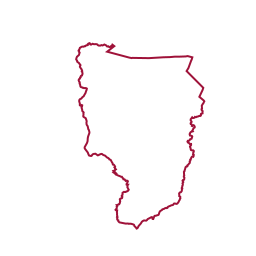 outline of Shinyalu, Western, Kenya, rotated 293°
{"feature_id": "3690345B96442316049931", "entity_name": "Shinyalu", "entity_type": "district", "adm_level": 2, "iso_a3": "KEN", "parent_name": "Kenya", "parent_adm1": "Western", "projection": "orthographic", "projection_center": [34.839, 0.289], "detail": "fine", "context": "isolated", "style": "outline", "palette": "rose", "viewbox_px": 256, "rotation_deg": 293, "n_neighbors": 0, "source": "geoboundaries", "source_scale": "gbopen_adm2", "svg_char_len": 5804}
<svg xmlns="http://www.w3.org/2000/svg" viewBox="0 0 256 256"><g transform="rotate(293 128 128)"><path d="M209.7,139.0L207.0,133.1L200.5,120.0L194.8,106.0L194.3,104.7L193.8,104.1L193.3,101.7L190.1,79.0L198.0,83.4L198.6,81.1L197.9,81.1L195.4,79.6L195.2,78.9L195.5,77.9L195.1,77.5L194.9,76.9L195.2,76.2L195.5,75.8L195.6,73.6L194.4,72.7L194.0,72.2L194.0,71.6L193.9,71.1L193.0,70.3L192.4,68.7L192.5,67.9L192.9,67.2L192.9,66.5L192.6,65.5L191.8,63.9L191.7,62.5L190.3,61.4L190.2,60.7L190.4,60.2L190.9,60.0L191.1,59.5L190.7,59.0L190.1,58.5L189.3,58.2L188.8,58.6L188.3,58.2L187.8,57.4L187.3,56.9L186.6,56.7L186.3,55.9L185.6,55.5L185.0,54.0L184.3,53.3L183.6,52.9L183.0,52.4L181.3,52.5L180.5,52.3L179.9,52.3L179.9,52.8L178.7,53.4L178.5,54.0L176.0,54.3L173.7,53.2L172.6,53.2L171.7,53.3L170.9,53.5L170.0,54.9L169.2,55.3L168.6,57.6L168.2,58.0L167.6,59.4L166.9,59.8L166.2,59.6L165.5,59.8L165.1,60.4L164.8,60.9L164.4,61.3L163.9,62.4L163.4,62.7L163.0,63.3L162.5,63.4L161.9,63.4L161.7,64.1L161.2,64.3L160.1,65.0L158.3,65.1L157.9,64.6L157.4,64.3L156.6,64.3L156.1,64.6L155.6,64.2L154.9,64.4L154.3,64.3L153.7,63.8L152.7,63.9L151.5,65.0L151.4,65.5L150.8,65.9L149.9,66.1L149.6,66.7L147.6,68.0L147.3,68.6L147.3,69.3L147.5,70.2L147.3,70.9L147.6,71.4L147.5,72.0L147.8,72.4L148.3,73.7L148.2,74.7L146.9,75.0L145.6,75.0L143.5,75.2L141.4,74.9L139.9,74.8L138.6,74.0L136.8,73.5L135.9,72.6L135.1,72.3L134.4,72.3L133.4,72.7L131.6,74.2L130.9,74.4L130.1,74.8L130.0,75.5L131.1,76.4L131.0,77.0L129.6,77.3L128.8,77.2L128.2,77.6L127.2,78.5L125.9,79.2L125.6,79.6L125.2,80.8L124.8,81.2L124.1,81.2L123.0,81.8L122.2,82.0L121.5,82.1L120.9,82.7L120.5,85.2L120.1,85.6L118.4,87.1L117.6,87.5L116.8,87.6L115.1,88.5L114.5,89.2L113.9,90.2L111.3,92.0L111.0,92.6L110.3,93.2L109.1,94.1L108.3,94.4L104.6,94.6L103.5,94.8L102.7,95.0L100.2,95.9L99.5,96.0L98.1,96.1L93.5,95.6L92.6,95.9L92.0,96.6L89.7,100.6L88.5,101.7L87.5,102.8L87.6,104.2L87.9,105.1L88.5,105.5L89.2,105.5L90.1,105.9L90.7,106.5L91.6,108.1L91.0,110.8L91.5,111.5L92.3,112.0L93.7,113.5L93.9,114.3L93.5,115.7L93.6,117.7L92.8,119.9L92.6,120.7L92.7,121.3L92.3,122.6L91.8,123.1L91.9,124.4L91.5,125.0L90.1,126.7L89.8,127.3L88.5,128.3L88.7,128.8L88.6,129.5L87.7,130.9L87.3,131.3L86.5,130.9L86.1,131.6L85.6,131.9L85.5,132.5L85.2,133.0L84.6,132.5L83.7,132.4L83.0,131.5L82.7,132.4L81.5,131.7L81.3,132.3L81.8,134.0L81.7,134.6L81.5,135.1L81.0,134.9L80.7,134.4L80.4,135.0L80.5,135.7L80.4,137.6L80.5,139.4L80.4,140.8L80.7,141.5L79.9,142.5L79.7,143.5L79.0,143.8L79.3,145.2L78.8,145.8L78.4,146.6L78.9,147.0L79.1,147.5L79.2,148.2L78.9,148.7L78.1,148.6L77.3,148.9L76.5,148.6L75.8,148.6L75.3,148.8L75.2,149.6L75.5,150.1L74.8,150.0L74.3,150.3L73.3,150.5L71.4,152.8L70.7,152.5L70.1,152.5L69.4,152.0L69.0,151.3L68.2,150.9L67.8,150.1L67.7,149.3L66.9,148.7L66.1,148.3L64.4,149.1L63.8,148.8L63.0,148.7L62.6,149.1L62.4,149.7L61.2,149.9L60.7,149.6L60.4,149.0L59.9,148.5L59.2,148.3L57.4,149.5L56.8,149.4L56.3,149.7L55.7,149.8L54.4,149.7L54.2,149.2L53.5,148.8L52.7,147.8L52.4,148.5L51.9,148.7L51.2,148.3L50.6,148.7L49.7,149.0L47.8,148.5L47.6,149.0L48.0,149.6L48.0,150.2L46.1,150.7L45.4,151.2L44.0,151.7L43.0,152.4L41.8,152.6L41.8,153.2L41.1,153.4L40.5,153.4L39.9,153.6L39.4,154.1L39.2,155.2L38.6,155.3L38.1,156.1L37.8,157.0L38.6,160.9L39.1,163.2L40.1,165.4L40.1,166.2L40.6,167.0L41.0,168.1L41.2,169.5L41.3,171.0L41.1,171.5L40.2,172.3L39.6,174.0L38.8,175.2L39.4,175.8L40.7,176.0L41.4,176.0L42.1,176.1L45.0,177.1L47.1,177.4L48.2,178.0L49.2,178.9L49.8,180.9L50.6,181.4L51.8,181.7L55.1,184.4L55.3,185.1L54.9,185.6L54.3,185.8L53.9,186.2L54.1,186.8L56.6,186.7L57.5,186.8L58.2,188.0L59.3,189.2L59.6,189.7L60.3,190.1L62.2,189.9L63.5,189.9L64.1,190.1L65.8,191.3L66.5,191.4L67.8,192.9L68.5,193.3L69.4,194.3L69.4,195.0L69.9,195.5L70.7,195.5L71.2,195.7L72.5,196.9L72.8,197.3L73.8,198.1L74.5,199.2L75.0,199.6L76.3,199.8L76.8,200.5L77.0,201.9L77.2,202.5L77.9,203.0L79.4,203.4L81.5,203.5L82.0,203.7L83.0,203.5L83.6,203.7L84.2,203.3L85.0,203.1L85.3,202.4L85.3,201.8L86.1,201.5L87.8,200.6L89.0,201.0L89.4,201.6L89.9,201.9L91.2,202.1L92.5,201.6L93.3,201.7L93.7,200.9L94.6,201.0L95.3,200.9L95.7,200.6L96.9,200.7L97.8,200.4L98.3,199.8L99.0,199.8L99.5,200.1L100.0,199.9L100.7,198.8L101.5,198.9L102.0,199.6L102.5,199.8L104.0,199.4L104.5,199.2L104.8,198.5L105.5,198.2L106.4,198.3L106.9,197.9L109.5,196.6L110.3,196.9L111.1,196.6L111.7,196.7L114.4,196.3L115.1,196.6L115.4,197.2L116.1,197.6L116.7,197.2L118.0,197.9L118.8,198.0L120.0,198.5L120.7,198.3L121.4,197.8L122.1,198.1L122.7,198.1L123.3,197.6L124.3,198.1L125.4,197.8L126.6,198.1L127.1,198.6L127.0,199.3L127.6,199.4L129.0,199.0L129.1,198.2L129.9,198.1L130.5,197.7L131.9,197.8L132.7,197.4L132.9,196.6L132.5,196.0L132.3,194.7L132.7,194.2L134.0,193.4L134.8,192.5L135.3,192.2L136.4,192.7L137.1,192.7L137.9,192.3L137.6,191.8L137.4,191.1L137.9,190.6L138.1,188.7L138.8,188.0L139.6,188.1L139.8,188.7L140.3,189.3L141.8,189.5L142.0,190.0L142.6,190.2L143.0,190.7L145.2,190.5L145.6,190.0L145.5,188.6L145.3,188.0L145.9,187.5L146.5,187.1L147.1,187.2L147.8,187.1L148.6,187.3L149.2,187.7L150.2,188.9L150.6,188.2L152.0,188.5L153.3,188.3L154.4,189.1L155.0,189.1L155.6,188.6L156.2,187.6L156.2,187.1L155.7,186.7L155.0,186.5L154.9,186.0L155.7,185.8L156.2,185.1L156.1,184.3L156.7,183.8L157.4,183.8L158.5,184.2L159.0,183.6L159.5,182.7L160.5,182.3L162.9,182.9L162.5,183.8L163.0,184.7L163.7,185.2L164.4,185.3L164.4,186.1L164.7,186.6L165.4,187.0L165.7,187.7L166.6,188.5L167.0,189.0L167.2,189.7L167.9,190.2L168.5,190.1L169.0,189.7L169.6,189.7L170.6,190.9L171.9,190.3L172.5,190.2L172.9,189.9L173.0,189.3L173.4,188.7L174.1,188.3L174.7,188.6L177.4,187.2L179.3,187.4L180.0,187.7L181.4,187.7L182.4,187.8L182.9,187.0L184.6,181.5L192.0,181.8L194.4,181.6L203.3,159.7L206.8,160.2L214.8,159.8L215.7,159.9L218.2,159.6L217.5,154.8L216.4,153.1L213.5,146.9L212.1,143.5L209.7,139.0Z" fill="none" stroke="#9f1239" stroke-width="2"/></g></svg>